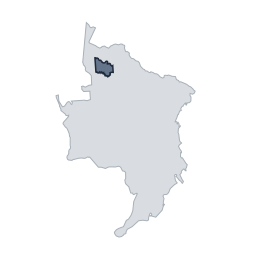 Mirití-paraná (Campoamor), Amazonas, Colombia (highlighted), rotated 176°
{"feature_id": "7082276B32823628766031", "entity_name": "Mirití-paraná (Campoamor)", "entity_type": "district", "adm_level": 2, "iso_a3": "COL", "parent_name": "Colombia", "parent_adm1": "Amazonas", "projection": "robinson", "projection_center": [-71.095, -0.731], "detail": "fine", "context": "in_parent", "style": "filled", "palette": "slate", "viewbox_px": 256, "rotation_deg": 176, "n_neighbors": 0, "source": "geoboundaries", "source_scale": "gbopen_adm2", "svg_char_len": 6340}
<svg xmlns="http://www.w3.org/2000/svg" viewBox="0 0 256 256"><g transform="rotate(176 128 128)"><path d="M146.7,27.3L144.2,28.5L139.4,29.9L136.1,36.0L133.9,37.0L131.1,40.6L129.0,45.1L127.4,54.2L123.3,61.9L123.7,62.3L125.3,61.9L126.8,61.1L127.4,61.3L128.0,62.7L129.8,63.0L131.3,69.3L134.2,72.5L134.5,73.7L134.8,76.3L133.8,77.9L133.5,83.6L134.4,85.0L136.5,85.6L137.9,89.1L138.8,90.0L140.1,90.5L143.2,90.0L148.9,90.5L150.2,90.4L153.3,89.2L157.3,90.7L160.3,91.0L168.3,101.7L169.1,101.4L170.1,102.0L172.2,101.0L173.9,100.8L176.2,101.3L179.2,101.3L185.3,100.2L186.2,99.6L189.5,100.2L190.5,101.0L191.0,103.0L190.6,104.3L189.5,105.5L188.8,107.1L188.7,109.1L188.1,110.5L187.0,111.4L186.6,112.8L186.9,114.6L186.3,122.7L186.8,123.4L187.1,126.7L188.5,131.0L189.2,132.3L190.4,133.3L192.5,136.8L192.1,138.1L186.5,143.6L186.3,144.9L187.3,144.4L189.0,144.9L189.6,146.3L193.7,150.1L193.6,151.6L194.8,154.5L194.6,155.2L197.4,163.5L197.5,165.3L195.2,165.8L195.1,160.2L194.8,159.0L192.1,154.1L191.5,153.7L189.7,154.3L186.8,157.9L185.4,158.5L184.3,158.0L183.2,155.8L182.4,155.4L181.7,157.2L182.6,158.8L169.6,158.8L167.0,158.1L163.5,159.0L163.5,167.4L169.7,167.5L171.4,169.9L171.2,171.9L171.5,172.6L170.0,173.0L167.8,171.7L164.0,173.3L161.2,173.6L161.0,182.9L162.7,185.2L166.0,187.7L166.5,189.4L166.2,191.0L167.0,193.0L168.1,194.1L168.1,195.3L168.6,196.6L162.2,236.1L159.9,233.6L159.0,231.5L157.9,230.6L155.7,231.3L153.4,230.2L160.9,216.8L160.7,215.6L154.4,212.3L153.7,211.5L150.7,209.7L149.0,210.2L148.1,211.1L145.8,211.4L143.9,210.0L141.7,209.0L139.1,211.3L138.3,211.3L136.4,212.3L134.4,212.6L131.7,211.6L129.6,212.3L128.1,212.2L127.6,211.5L125.7,210.7L125.5,209.8L126.0,208.1L125.2,204.9L124.9,204.3L123.4,204.3L121.8,203.1L121.4,202.4L121.8,201.1L121.5,199.9L119.8,197.3L117.5,196.6L115.4,194.5L113.2,193.7L112.1,192.2L111.2,188.7L108.9,185.9L107.3,185.0L106.8,183.7L105.1,183.6L102.9,181.8L101.9,181.7L101.3,182.5L99.2,181.6L97.4,180.3L95.6,180.0L94.4,179.2L92.3,176.7L90.0,175.4L88.6,175.9L88.2,177.7L87.4,178.1L84.7,177.6L84.3,178.0L83.6,177.9L80.3,176.5L77.1,176.0L76.3,172.9L74.2,171.8L73.6,170.3L72.1,170.4L66.6,167.6L64.3,165.6L62.4,164.5L60.4,162.3L60.0,161.4L58.5,160.1L59.2,158.4L61.1,157.2L63.6,158.1L63.9,156.2L63.0,154.5L63.4,150.6L64.1,149.7L65.4,148.9L66.3,149.2L66.8,148.6L68.8,148.9L69.5,148.6L71.0,147.0L71.7,145.8L72.4,145.9L74.0,143.8L73.7,141.7L75.3,141.3L76.9,137.8L77.6,137.7L78.0,136.1L80.8,130.4L79.8,131.1L78.7,130.7L78.8,128.7L78.5,128.5L77.6,130.0L76.8,128.5L77.0,126.1L75.7,126.5L75.8,125.9L77.7,124.1L78.4,119.9L77.8,118.4L77.5,112.1L77.1,110.9L75.6,109.3L78.0,107.5L78.9,106.2L77.8,103.4L76.4,101.1L76.4,99.6L77.2,99.8L77.6,95.9L76.8,94.4L75.8,94.4L72.6,88.6L71.5,87.4L72.4,84.6L73.3,83.4L73.1,81.3L73.8,81.4L75.1,83.3L75.7,83.0L77.8,81.2L77.9,79.5L79.6,77.8L77.2,71.9L76.4,71.0L77.4,69.1L77.9,69.2L78.9,71.0L80.4,72.2L82.6,75.5L83.5,76.2L82.8,77.0L82.7,77.8L83.0,78.2L84.3,78.3L84.8,77.4L84.5,73.4L83.9,71.4L82.8,70.0L83.1,69.4L85.4,68.4L90.1,64.6L91.8,61.0L93.0,59.7L94.4,58.9L96.1,59.1L97.4,58.6L97.8,57.5L97.0,55.0L98.0,51.6L97.9,49.9L98.6,48.8L98.4,48.4L96.7,49.6L98.4,47.2L99.7,43.6L106.5,37.1L111.0,38.7L112.4,38.6L110.6,39.4L110.3,40.3L110.9,41.3L111.6,41.6L112.2,40.9L113.7,37.2L113.9,35.1L114.5,34.4L115.5,34.1L119.8,35.0L124.0,34.7L130.7,29.3L135.8,27.0L137.1,24.8L137.4,23.1L138.3,22.5L139.3,22.5L139.9,21.5L142.2,20.1L144.7,19.9L147.3,21.2L148.6,23.4L148.8,25.0L146.7,27.3ZM68.9,148.2L68.6,148.5L68.0,148.0L67.8,147.3L68.2,146.8L68.6,147.0L68.9,148.2Z" fill="#d9dde1" stroke="#a8b0b8" stroke-width="1"/><path d="M156.1,200.3L156.1,186.1L155.9,186.0L155.8,185.8L155.7,185.8L155.7,186.0L155.6,185.9L155.4,185.8L155.3,186.2L155.2,186.2L154.9,185.9L154.8,185.6L154.7,185.5L154.6,185.3L154.3,185.5L154.2,185.5L153.9,185.4L153.7,185.3L153.6,185.1L153.4,184.9L153.2,184.9L153.0,185.0L152.9,185.0L153.0,185.2L153.1,185.3L152.8,185.5L152.5,185.6L152.5,185.8L152.4,185.9L152.2,185.6L152.1,185.4L152.1,185.5L151.9,185.6L151.7,185.7L151.4,185.6L151.3,185.4L151.2,185.4L150.9,185.3L150.9,185.2L150.8,185.3L150.8,185.2L150.7,185.2L150.4,185.0L150.3,184.9L150.3,185.0L150.3,184.9L150.2,184.9L150.2,185.0L149.9,185.1L149.7,185.1L149.4,185.0L149.2,185.0L149.2,184.9L149.1,184.7L148.9,184.5L148.7,184.4L148.7,184.5L148.6,184.4L148.6,184.5L148.6,184.4L148.5,184.5L148.5,184.4L148.4,184.4L148.1,184.2L147.9,183.9L147.7,183.8L147.7,183.7L147.5,183.4L147.4,183.4L147.4,183.2L147.3,182.9L147.2,182.8L147.3,182.8L147.2,182.7L147.2,182.4L147.1,182.2L147.3,182.1L147.2,181.9L147.2,181.7L146.9,181.6L146.7,181.7L146.5,181.8L146.4,181.8L146.3,181.7L146.2,181.8L146.0,181.7L145.8,181.7L145.6,181.5L145.5,181.4L145.3,181.4L145.3,181.2L145.2,181.1L145.2,181.3L145.0,181.2L144.9,181.3L144.8,181.2L144.6,181.1L144.4,181.1L144.0,180.8L143.9,180.9L143.7,180.9L143.7,181.0L143.2,181.6L142.9,181.6L142.6,181.9L142.5,182.0L142.3,182.0L142.3,182.3L142.3,182.5L142.1,182.5L142.0,182.9L141.9,183.0L141.9,183.3L142.0,183.3L142.1,183.5L142.1,183.8L142.2,184.2L141.9,184.3L141.5,184.4L141.5,184.5L141.4,184.6L141.2,184.6L140.9,184.7L140.7,184.7L140.4,184.7L140.0,184.7L139.9,184.7L139.7,184.6L139.4,184.6L139.2,184.6L139.1,184.8L138.9,184.7L138.9,191.3L139.2,191.1L139.5,190.9L139.8,190.9L139.9,191.0L140.0,191.1L140.1,191.4L140.2,191.5L140.4,191.6L140.6,191.8L141.0,192.0L141.2,192.4L141.2,192.5L141.1,192.8L141.1,193.0L141.3,193.2L141.4,193.4L141.5,193.5L141.8,193.7L142.2,193.6L142.3,193.6L142.5,193.6L142.8,193.5L142.9,193.4L143.4,193.4L143.7,193.3L143.9,193.3L144.2,193.4L144.2,193.5L144.1,193.9L144.1,194.1L143.9,194.3L143.8,194.6L143.7,194.9L143.7,195.1L143.8,195.5L144.0,195.8L144.2,196.0L144.4,196.1L144.5,196.1L144.9,196.1L145.0,196.1L145.1,195.9L145.6,195.7L145.8,195.5L145.9,195.4L146.2,195.0L146.3,194.8L146.4,194.7L146.9,194.6L147.6,194.6L147.9,194.7L148.2,194.7L148.3,194.8L148.5,194.9L148.6,195.0L148.8,195.3L149.0,195.3L149.3,195.4L149.4,195.5L149.5,195.7L149.5,196.0L149.8,196.4L149.9,196.5L150.0,196.7L150.2,197.0L150.3,197.2L150.4,197.3L150.6,197.5L150.8,197.5L151.0,197.5L151.3,197.4L151.7,197.4L151.9,197.6L152.1,197.8L152.4,198.2L152.5,198.6L152.6,198.8L152.8,199.2L152.9,199.3L153.2,199.5L153.5,199.7L153.8,199.9L154.1,200.0L154.4,199.9L154.5,199.9L154.7,199.7L154.9,199.5L155.0,199.5L155.3,199.7L155.4,199.8L155.5,200.2L155.6,200.3L155.9,200.4L156.0,200.3L156.1,200.3Z" fill="#64748b" stroke="#1e293b" stroke-width="1.5"/></g></svg>